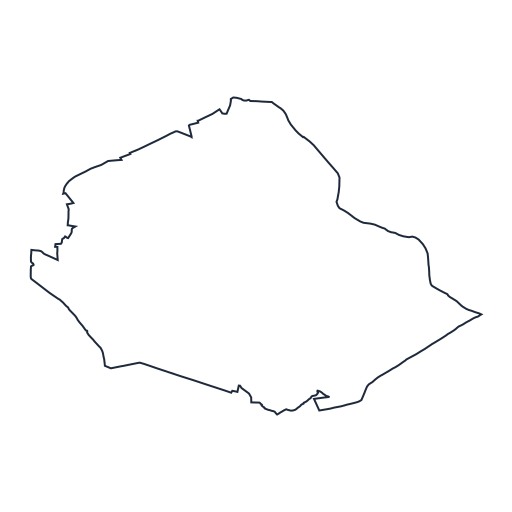 outline of Serbauti, Suceava, Romania
{"feature_id": "2599482B9399918104506", "entity_name": "Serbauti", "entity_type": "district", "adm_level": 2, "iso_a3": "ROU", "parent_name": "Romania", "parent_adm1": "Suceava", "projection": "natural_earth1", "projection_center": [26.143, 47.819], "detail": "fine", "context": "isolated", "style": "outline", "palette": "slate", "viewbox_px": 512, "rotation_deg": 0, "n_neighbors": 0, "source": "geoboundaries", "source_scale": "gbopen_adm2", "svg_char_len": 5457}
<svg xmlns="http://www.w3.org/2000/svg" viewBox="0 0 512 512"><path d="M368.1,385.2L368.7,384.5L369.2,384.1L371.2,382.8L372.5,382.0L374.9,379.8L377.0,378.1L378.2,377.2L380.6,375.7L382.3,374.8L389.3,370.7L392.6,368.6L395.2,367.3L395.7,367.0L397.2,366.1L398.6,365.2L400.6,363.8L402.8,362.2L405.3,360.5L405.6,360.3L406.3,359.5L406.7,359.3L411.9,356.5L416.2,354.2L421.3,351.0L424.9,348.9L428.6,346.4L431.0,344.8L431.8,344.2L433.4,343.3L439.9,339.4L442.9,337.5L445.8,335.6L448.2,333.8L449.6,333.1L451.7,331.8L454.3,330.1L456.1,328.7L457.3,327.6L457.8,327.2L458.3,326.8L458.9,326.4L459.5,326.1L460.9,325.5L463.0,324.4L464.6,323.4L465.8,322.6L467.6,321.6L469.6,320.6L470.9,319.8L472.2,319.0L473.1,318.5L474.0,318.0L475.6,317.3L476.8,316.9L477.4,316.8L478.0,316.5L479.1,315.8L480.4,314.9L481.3,314.4L479.6,313.6L478.3,313.1L475.3,312.2L471.6,310.8L468.9,310.0L467.0,309.2L466.0,308.7L462.6,306.6L460.9,305.2L458.7,303.1L456.8,301.3L455.0,300.1L452.2,298.4L449.7,296.9L447.9,295.3L447.8,294.8L447.5,294.3L446.9,293.9L444.9,293.0L442.6,291.8L439.7,290.3L436.7,288.6L433.3,286.6L431.8,285.6L431.4,284.9L430.9,284.1L430.6,283.4L429.9,279.8L429.3,275.3L429.2,271.6L428.9,267.3L428.7,265.7L428.5,264.9L428.5,264.5L428.1,258.1L427.6,253.4L425.5,248.3L422.9,244.2L418.6,239.5L415.4,237.5L412.3,236.6L409.0,237.2L407.5,237.0L403.3,236.3L398.9,234.9L395.2,232.9L391.0,232.2L387.9,231.0L384.6,228.5L382.5,227.9L379.8,226.8L374.7,224.6L370.4,223.6L363.6,222.8L360.3,221.5L354.6,218.1L348.0,213.0L344.0,210.5L339.5,208.2L337.9,205.9L336.5,201.8L337.4,199.4L338.7,192.1L339.3,186.3L339.5,177.5L337.8,173.3L332.9,167.6L327.8,161.8L315.8,147.7L313.8,145.3L309.7,141.5L303.7,136.9L303.1,137.2L298.6,133.5L295.5,130.3L290.8,124.5L288.4,120.5L287.2,117.5L286.0,114.6L285.1,113.1L283.3,110.6L280.9,108.5L279.0,107.3L277.2,106.0L273.5,103.4L272.4,102.5L271.8,102.0L270.9,102.0L264.5,101.7L262.4,101.6L258.5,101.3L257.3,101.2L250.3,101.0L248.9,99.8L246.1,100.6L244.0,100.5L242.4,100.0L241.3,99.0L236.6,97.8L233.3,97.5L230.8,99.0L230.9,100.8L230.1,105.4L227.4,111.7L226.6,113.7L224.7,113.8L222.3,113.4L221.4,112.0L219.5,109.3L212.1,114.1L210.5,114.8L208.5,115.8L206.3,116.8L204.4,117.7L202.4,118.7L200.9,119.4L198.2,120.8L197.7,120.8L198.0,122.0L198.2,122.7L189.7,124.8L188.9,125.5L191.6,136.5L191.6,137.1L190.9,136.6L181.5,132.9L178.1,131.6L177.2,131.3L176.7,131.3L175.5,131.4L174.3,132.0L170.2,133.8L166.3,135.9L157.7,140.2L149.5,144.1L145.0,146.3L138.2,149.5L129.8,152.9L130.3,154.0L120.3,157.7L121.5,159.9L115.9,160.3L108.1,161.0L102.0,164.5L100.5,165.2L95.2,167.0L90.7,168.7L85.6,171.5L79.8,174.3L75.1,176.6L73.9,177.4L70.7,179.8L68.7,181.4L67.8,182.6L66.8,183.7L65.4,185.8L64.3,188.0L64.2,188.6L64.1,189.2L63.7,190.6L63.7,191.8L63.6,192.5L63.2,193.7L65.5,193.2L73.4,203.0L70.6,203.7L66.9,204.3L68.7,209.2L68.5,211.8L68.5,214.6L68.4,218.9L67.9,222.0L67.7,225.3L68.9,225.4L72.1,226.0L75.3,226.5L72.6,228.1L72.0,228.8L71.8,229.2L71.7,231.7L71.5,232.6L71.0,233.6L68.1,238.1L67.1,237.8L66.5,237.4L65.9,236.8L65.4,236.5L65.1,236.4L64.0,238.0L62.3,239.0L62.0,240.4L61.8,242.5L60.9,243.8L55.5,244.1L55.1,246.8L57.4,246.9L57.4,248.1L57.4,251.3L57.2,253.1L57.7,260.0L52.0,257.4L46.9,255.1L45.6,254.6L43.9,253.7L42.4,252.2L41.6,251.6L40.8,251.1L38.8,250.6L34.6,250.3L31.4,249.9L31.2,254.1L31.0,255.2L30.9,258.1L31.0,261.6L31.6,262.5L32.4,263.1L33.1,263.6L33.5,264.5L33.6,264.9L33.2,265.3L31.8,265.8L31.0,266.4L30.8,269.3L30.7,276.3L30.9,278.1L31.4,279.0L36.3,282.7L49.7,293.0L58.2,298.8L59.7,299.6L63.1,302.6L65.8,305.6L67.2,306.8L68.1,307.5L68.4,308.1L69.0,309.4L70.2,310.7L74.0,314.6L75.5,316.2L76.8,318.2L77.7,319.9L79.4,322.2L82.6,325.9L84.8,329.0L85.7,330.2L86.0,330.5L86.7,330.6L87.0,330.7L87.3,331.2L87.1,332.2L87.3,332.8L88.7,335.0L91.7,338.2L93.1,339.6L94.4,341.3L96.8,343.9L99.2,346.5L99.8,347.1L100.5,347.7L101.3,349.2L102.1,350.7L102.8,352.7L103.3,355.1L103.4,356.0L104.2,359.4L104.5,362.2L104.6,362.7L104.8,364.9L104.9,365.8L110.9,368.3L121.4,366.2L122.8,366.0L135.7,363.4L139.4,362.7L139.9,362.7L144.0,363.9L147.6,365.1L156.9,368.3L180.4,376.1L193.1,380.1L208.5,385.2L225.1,390.6L231.2,392.7L232.3,390.8L235.4,391.4L237.4,391.9L238.8,385.6L240.0,385.7L241.6,388.1L248.3,393.0L249.2,393.8L249.7,394.8L250.8,396.7L251.2,397.6L251.2,398.5L251.3,402.4L259.4,402.6L260.1,403.1L260.5,403.7L261.4,404.3L261.8,404.7L261.5,405.0L261.6,405.4L262.6,406.4L264.2,407.4L264.7,408.0L264.6,408.3L265.4,408.8L265.8,408.9L268.1,409.8L269.6,410.1L271.6,410.8L273.5,411.2L274.8,411.8L276.0,413.4L277.1,414.5L278.4,413.8L280.5,412.4L282.1,411.5L283.7,410.5L286.2,409.3L287.9,409.9L290.7,410.6L292.0,410.6L293.3,410.4L295.4,409.7L296.6,408.8L297.7,407.8L299.9,406.3L300.7,405.4L301.2,404.8L302.2,404.2L302.9,403.9L303.5,403.7L303.6,403.4L303.6,403.1L303.6,402.9L303.8,402.7L304.4,402.5L306.5,401.4L307.6,400.5L308.7,399.4L309.5,398.8L310.5,398.3L311.1,397.2L311.7,396.4L312.5,396.0L315.4,395.4L316.3,395.0L317.0,394.3L317.5,393.5L317.9,393.0L318.0,392.5L318.0,392.3L317.9,392.1L317.6,391.9L317.4,391.7L317.4,390.9L317.5,390.7L317.8,390.7L320.4,391.6L322.1,392.8L323.1,393.8L324.4,394.6L326.2,395.9L327.1,396.2L328.3,396.5L328.8,396.8L328.7,397.0L323.6,397.6L316.7,398.5L314.0,398.9L319.3,410.5L325.2,409.5L327.1,409.2L330.8,408.5L334.2,407.6L341.2,406.3L344.9,405.3L346.4,404.8L350.7,403.8L353.6,403.1L357.3,402.1L358.9,401.5L359.8,401.0L360.7,400.5L361.5,399.9L361.9,398.9L363.1,396.1L364.6,392.5L365.6,389.9L366.8,387.1L367.0,386.6L368.1,385.2Z" fill="none" stroke="#1e293b" stroke-width="2"/></svg>